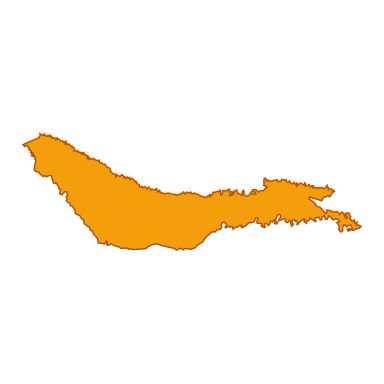 the district of Zentla, Veracruz, Mexico
{"feature_id": "50627088B99707223574870", "entity_name": "Zentla", "entity_type": "district", "adm_level": 2, "iso_a3": "MEX", "parent_name": "Mexico", "parent_adm1": "Veracruz", "projection": "orthographic", "projection_center": [-96.71, 19.078], "detail": "fine", "context": "isolated", "style": "filled", "palette": "amber", "viewbox_px": 384, "rotation_deg": 0, "n_neighbors": 0, "source": "geoboundaries", "source_scale": "gbopen_adm2", "svg_char_len": 6005}
<svg xmlns="http://www.w3.org/2000/svg" viewBox="0 0 384 384"><path d="M361.0,226.5L358.5,225.0L356.1,224.9L357.1,222.3L354.5,223.0L354.2,220.0L352.2,221.1L349.7,218.1L350.7,216.7L349.4,215.0L349.4,213.5L348.6,213.1L346.3,213.0L345.3,213.7L345.6,215.2L347.0,216.9L346.7,218.4L345.8,218.5L343.2,213.0L341.8,212.0L339.6,214.6L337.3,211.7L333.4,212.1L329.7,210.4L326.6,210.2L327.1,212.4L325.9,213.7L320.0,207.2L316.1,206.1L315.5,203.7L308.7,198.5L309.7,197.0L321.8,200.7L323.6,197.1L325.6,197.0L328.0,195.7L329.2,196.7L329.9,196.5L332.5,192.7L332.1,191.9L334.0,191.9L334.5,191.1L331.4,189.0L329.7,189.0L328.2,189.9L328.6,188.0L327.4,186.9L327.1,185.4L324.4,188.8L321.2,187.4L319.7,188.1L318.5,187.7L317.6,188.5L316.4,187.4L313.0,187.9L312.4,187.3L313.4,185.8L312.0,185.8L310.2,187.0L309.3,184.5L305.8,186.2L305.3,185.6L305.6,183.9L304.7,183.0L304.3,185.3L300.8,183.0L298.3,184.5L296.7,186.4L296.2,185.6L297.2,183.3L296.8,183.0L295.6,184.5L293.9,182.2L292.6,183.8L290.6,183.4L289.4,180.8L288.5,182.2L287.4,182.5L286.3,181.3L286.4,179.7L283.5,180.1L282.0,179.2L281.2,181.1L279.9,180.8L278.2,181.8L277.1,180.8L277.1,179.7L269.7,181.5L268.3,180.1L266.5,181.1L266.4,179.6L265.2,178.1L264.3,178.3L263.7,182.3L264.3,183.7L263.6,185.3L266.8,186.6L267.1,187.8L265.9,187.8L263.6,190.6L260.0,190.8L258.3,192.1L255.8,189.7L253.0,189.6L252.1,191.0L253.6,192.2L255.1,192.1L255.7,194.1L252.0,194.1L251.2,192.2L249.3,194.9L247.2,196.0L245.9,196.0L243.8,194.3L244.1,191.6L243.5,190.4L242.4,191.4L242.5,195.4L241.8,195.5L240.8,194.1L238.6,193.9L237.2,192.7L236.8,190.0L234.0,191.1L234.0,192.9L233.1,194.6L230.0,195.9L229.5,195.6L229.8,194.3L232.0,193.5L232.7,192.5L232.0,191.7L229.3,192.0L229.6,189.5L228.9,189.0L226.8,190.9L222.9,190.6L221.7,195.2L220.4,194.2L220.5,190.6L219.9,190.1L218.2,191.7L216.5,191.5L214.8,192.5L213.3,192.1L212.6,192.7L212.5,194.8L209.6,194.6L209.4,195.1L210.7,196.1L210.5,196.9L208.1,195.8L206.1,197.6L200.3,195.9L197.8,194.2L195.5,194.1L194.8,193.0L192.2,193.8L190.6,192.0L189.2,193.4L187.7,192.3L186.4,192.2L185.0,194.0L183.4,192.0L182.4,193.4L180.9,193.5L180.2,194.6L178.1,194.5L176.4,195.3L175.7,194.2L173.9,194.7L168.5,193.1L163.7,193.8L162.6,192.9L160.7,193.1L159.6,190.3L157.9,192.0L156.7,188.7L156.1,188.6L155.2,190.1L151.7,189.1L150.8,190.2L149.0,187.1L146.9,189.0L146.2,187.5L144.8,186.7L142.5,187.7L141.8,186.3L140.0,187.1L139.0,184.5L136.8,183.6L136.4,181.6L134.8,181.9L134.7,180.5L133.3,180.0L132.7,178.4L129.8,179.5L129.8,177.6L128.6,178.0L127.3,177.0L126.2,178.6L125.2,176.9L123.8,177.5L123.9,176.3L121.8,174.6L120.2,176.6L117.3,175.1L115.8,176.7L116.2,174.4L113.0,173.8L110.8,171.5L110.0,171.5L110.7,169.7L109.3,167.8L107.3,167.2L105.5,165.6L105.0,164.1L102.9,164.2L101.7,162.9L99.7,162.6L99.1,160.1L97.9,160.8L94.7,159.6L93.4,158.2L91.6,159.2L90.4,158.8L88.3,159.4L89.2,157.9L87.2,157.9L88.2,156.2L87.8,155.6L86.1,155.6L85.9,154.6L83.1,154.4L84.0,153.7L83.9,152.6L82.1,153.3L81.5,152.6L81.0,153.3L80.2,152.2L78.1,152.5L78.4,151.4L77.5,151.4L77.3,150.5L73.9,150.9L74.6,149.9L73.7,147.4L72.2,147.5L72.1,146.2L70.8,146.4L69.3,144.1L67.4,144.9L67.2,143.7L65.7,144.0L66.1,142.2L64.9,143.3L65.2,141.7L63.8,142.5L62.8,140.9L61.7,141.5L58.9,139.1L57.7,139.4L57.2,138.0L55.9,139.4L55.8,138.3L53.8,138.3L52.8,137.3L51.8,137.9L51.2,136.2L50.1,136.6L50.1,135.4L49.1,136.2L48.1,135.1L47.4,136.3L45.7,136.0L45.2,135.0L44.5,135.4L44.1,134.1L43.2,135.2L39.9,133.9L40.7,135.1L39.2,136.6L39.4,137.5L23.0,144.6L24.5,146.5L27.1,145.4L28.4,147.8L29.2,147.9L29.0,150.0L30.2,150.0L31.4,151.5L30.6,152.5L31.8,152.6L31.6,155.2L32.7,153.8L32.7,155.5L33.4,154.8L33.6,156.6L34.4,156.0L35.2,156.8L35.4,158.2L34.7,159.0L35.7,160.1L35.7,162.9L35.1,163.4L34.3,169.8L35.4,171.3L36.4,171.9L38.7,171.8L39.4,173.4L43.2,176.7L44.9,175.5L46.1,176.8L49.9,175.3L51.4,175.9L53.2,182.5L54.2,183.3L56.4,183.2L58.7,187.0L59.0,189.0L60.4,189.7L59.6,193.7L61.8,194.8L65.0,191.5L66.5,191.6L67.6,195.6L66.2,196.7L67.0,198.9L66.2,200.8L67.9,202.5L70.0,202.8L70.1,205.4L72.3,206.2L74.9,210.2L75.4,213.7L79.7,215.5L80.8,217.8L83.3,219.7L84.2,223.6L87.8,226.5L89.0,226.6L90.6,230.5L92.7,231.0L93.1,233.5L97.6,238.6L98.3,242.9L104.5,243.9L106.6,241.2L107.3,242.5L106.6,244.5L107.9,245.4L111.2,243.9L116.1,246.4L118.9,246.8L120.6,248.3L126.6,248.1L128.7,249.4L130.4,248.5L132.8,249.6L145.9,248.6L148.7,246.1L153.0,244.5L157.8,243.8L160.1,245.2L174.7,248.5L176.2,250.1L181.1,248.2L183.1,250.0L185.3,248.4L191.1,249.3L195.4,247.6L197.3,245.2L202.7,241.9L205.7,237.3L212.5,231.6L214.8,232.1L217.5,229.7L220.3,229.4L221.8,226.9L221.0,224.9L222.4,222.5L224.7,222.4L226.3,224.3L226.5,225.1L225.1,227.3L225.7,227.8L229.1,226.0L230.2,227.3L232.5,226.5L233.2,229.3L235.2,227.6L237.5,227.1L239.6,225.3L241.5,225.5L242.1,226.0L241.1,227.0L242.1,227.7L246.6,225.1L248.7,222.7L251.0,222.8L254.3,221.6L255.5,218.3L257.6,218.1L258.2,218.9L256.9,220.8L257.1,223.1L261.0,223.4L262.1,224.1L261.2,226.2L264.2,227.7L265.5,226.7L264.1,225.5L264.6,223.7L266.7,223.7L268.0,225.3L269.3,224.8L270.5,221.2L272.3,221.9L274.1,219.9L274.9,220.4L274.4,223.3L275.5,223.9L276.9,223.7L277.7,222.6L275.6,220.8L276.0,218.1L277.5,215.3L279.1,214.5L280.3,214.8L280.9,216.7L278.8,219.6L278.9,220.9L284.8,218.6L285.6,219.1L285.3,221.6L287.0,222.7L288.1,222.2L289.4,220.3L290.4,221.3L291.5,226.2L293.4,224.4L291.7,221.4L293.1,219.7L294.4,219.8L295.0,221.2L297.3,221.3L297.6,222.8L296.8,224.1L297.8,224.6L298.5,223.2L303.9,218.6L305.1,220.0L304.1,220.7L304.0,221.6L306.4,223.3L306.7,221.2L309.7,219.8L310.2,218.0L315.3,221.7L315.9,220.6L314.7,219.6L315.0,218.0L319.2,217.3L320.2,220.0L321.9,219.5L322.1,217.1L324.2,215.6L325.5,219.3L327.3,219.2L328.8,216.0L329.5,216.0L333.0,219.9L336.0,218.7L338.6,219.9L339.7,221.6L336.7,222.5L338.8,225.2L339.3,227.5L338.7,229.5L340.3,231.6L341.5,232.0L342.7,230.9L342.7,227.2L343.8,224.8L345.0,224.9L346.8,227.0L348.6,225.4L350.7,225.0L352.1,227.9L352.0,228.9L350.7,229.2L349.4,228.4L347.8,229.0L347.2,229.9L348.6,231.2L349.9,229.9L353.8,230.4L356.7,228.5L359.0,228.5L361.0,226.5Z" fill="#f59e0b" stroke="#b45309" stroke-width="1.5"/></svg>